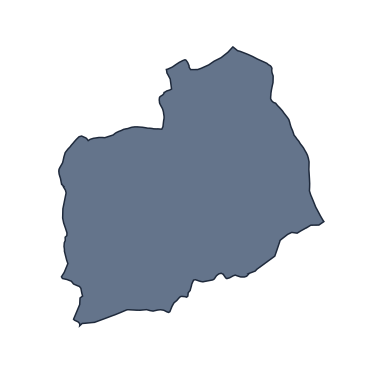 outline of Bengkulu Tengah, Bengkulu, Indonesia, rotated 99°
{"feature_id": "22746128B16836972822517", "entity_name": "Bengkulu Tengah", "entity_type": "district", "adm_level": 2, "iso_a3": "IDN", "parent_name": "Indonesia", "parent_adm1": "Bengkulu", "projection": "mercator", "projection_center": [102.45, -3.678], "detail": "fine", "context": "isolated", "style": "filled", "palette": "slate", "viewbox_px": 384, "rotation_deg": 99, "n_neighbors": 0, "source": "geoboundaries", "source_scale": "gbopen_adm2", "svg_char_len": 5283}
<svg xmlns="http://www.w3.org/2000/svg" viewBox="0 0 384 384"><g transform="rotate(99 192 192)"><path d="M341.7,282.0L339.0,279.9L338.6,278.0L336.6,270.3L336.0,267.9L330.4,257.9L326.4,250.9L325.5,249.2L322.6,244.4L318.5,237.8L318.2,236.2L317.4,228.4L316.9,224.8L315.3,218.5L315.4,217.6L315.5,216.4L315.7,215.0L315.7,211.8L314.0,207.6L313.2,204.7L313.2,201.4L313.8,199.5L314.3,198.1L314.6,196.2L313.6,195.1L313.1,195.0L309.9,194.3L309.8,194.2L309.6,194.2L309.2,194.1L308.9,194.1L308.7,194.0L308.4,194.0L308.3,193.9L308.2,193.9L307.9,193.8L307.7,193.7L307.4,193.6L307.1,193.5L306.9,193.5L306.8,193.4L306.7,193.4L306.4,193.3L306.3,193.2L306.2,193.2L305.9,193.1L305.7,193.0L305.5,192.9L305.4,192.9L305.2,192.8L304.9,192.7L304.5,192.6L304.4,192.5L304.2,192.3L304.0,192.2L303.8,192.0L303.6,191.9L303.1,191.4L302.7,191.1L302.4,190.8L302.2,190.6L301.5,190.0L301.1,189.8L300.7,189.5L300.3,189.3L300.1,189.2L299.9,189.1L299.7,188.9L299.4,188.7L299.2,188.6L298.7,188.3L298.6,188.2L297.9,187.8L297.7,187.6L297.5,187.3L297.2,187.0L296.9,186.6L296.8,186.4L296.7,185.6L296.7,185.4L296.6,184.7L296.6,184.3L296.6,183.9L296.6,183.7L296.5,183.2L296.5,182.9L296.5,182.5L296.5,182.3L296.6,182.0L296.6,181.9L296.6,181.2L296.7,180.8L296.1,180.4L295.6,179.9L295.3,179.8L294.7,179.9L293.4,179.9L292.2,180.0L291.5,179.6L290.6,179.1L289.7,178.5L289.5,178.4L289.4,178.4L288.9,178.4L284.7,177.9L282.8,177.8L282.2,177.6L280.6,177.2L280.3,177.1L280.0,177.0L279.2,176.8L279.0,176.7L278.8,176.7L278.6,176.2L278.3,175.5L278.1,175.0L278.5,172.5L278.6,172.1L278.8,171.0L278.9,169.7L279.0,169.5L279.0,169.2L279.0,168.1L279.0,167.3L279.0,167.1L278.8,166.7L275.6,157.8L275.5,157.7L275.4,157.5L275.2,157.4L275.1,157.2L274.8,156.8L274.5,156.5L274.4,156.4L274.2,156.3L274.0,156.2L273.3,155.9L272.8,155.6L272.2,155.4L271.2,154.9L270.8,154.7L270.4,154.3L269.7,153.7L269.1,153.1L268.6,152.6L268.4,152.1L268.2,151.5L267.9,151.0L267.7,150.4L268.0,149.5L268.4,148.3L268.4,148.2L268.7,148.0L268.9,147.9L269.0,147.7L269.9,146.9L270.3,146.5L270.4,146.4L270.8,146.0L271.6,145.3L271.7,144.9L272.1,144.0L272.0,143.8L271.8,143.5L271.1,141.9L271.0,141.7L270.7,141.2L268.4,138.3L267.3,136.3L267.7,134.4L268.3,130.7L267.7,126.9L266.7,124.9L263.4,122.7L263.4,122.8L260.2,117.2L258.0,115.7L242.4,100.2L236.9,99.2L226.9,97.5L226.1,97.5L224.6,96.2L218.9,90.9L216.3,87.2L216.2,81.7L213.5,78.6L209.4,73.4L209.5,73.3L206.2,69.5L204.8,61.5L200.6,57.1L199.0,58.6L195.3,61.6L191.3,64.6L187.5,67.5L183.6,69.8L179.5,72.3L176.3,74.3L172.5,76.2L168.8,76.6L165.2,77.1L160.4,78.1L155.0,79.3L151.5,80.1L148.2,80.5L143.9,81.1L140.4,82.4L137.7,83.7L135.5,85.2L133.3,87.0L131.0,88.8L129.3,90.5L127.4,92.6L125.1,94.5L123.4,96.5L121.6,98.2L119.9,100.1L117.9,101.1L116.2,102.0L115.6,102.3L114.4,103.1L112.8,104.1L111.5,104.8L109.5,105.7L109.4,105.8L107.9,106.4L106.1,107.3L105.3,107.7L103.5,109.4L99.7,113.5L97.8,115.3L95.3,118.3L93.3,121.0L91.2,123.3L90.8,125.5L89.5,127.5L87.7,128.9L85.6,129.2L83.8,129.3L82.1,129.5L78.5,129.5L74.0,129.3L71.4,129.1L68.1,129.5L64.7,130.0L62.7,131.1L61.2,131.8L59.2,132.3L57.3,132.4L56.1,133.2L55.1,134.3L54.3,136.4L53.2,138.2L52.4,141.0L51.7,143.6L50.5,148.0L48.7,153.3L47.3,158.5L46.3,163.0L45.5,166.8L45.3,169.1L43.6,172.0L42.3,174.3L42.8,174.7L48.4,178.4L54.8,184.3L59.4,190.7L63.8,195.3L68.4,202.3L70.2,205.6L71.1,211.1L71.3,212.6L69.3,214.3L67.7,214.7L64.7,216.6L62.7,218.6L62.5,219.6L63.3,221.1L64.0,222.2L64.7,223.1L65.8,224.7L67.7,226.8L68.8,228.0L71.6,230.9L72.5,232.2L73.2,233.3L74.5,235.3L75.0,236.5L76.3,236.0L78.5,235.3L78.9,234.9L83.8,231.2L93.5,228.3L94.8,230.0L96.1,232.7L97.6,234.4L98.1,235.2L99.0,235.1L100.3,235.8L101.2,236.6L101.9,237.5L102.6,238.2L103.2,238.7L103.9,238.9L104.6,238.9L105.3,238.8L106.1,238.8L107.2,238.5L107.7,238.3L108.4,238.2L109.5,237.8L110.2,237.3L110.8,236.9L111.7,236.2L112.4,235.7L113.1,235.1L113.8,234.6L114.5,234.1L115.3,233.7L117.5,232.7L119.0,232.3L120.8,231.7L121.3,231.5L121.9,231.4L122.9,231.2L124.3,231.1L124.9,231.1L125.2,231.2L128.0,231.1L132.0,230.9L134.7,231.7L134.9,234.5L135.0,235.6L135.3,237.2L135.6,239.8L135.5,241.3L135.6,243.6L135.9,245.7L135.8,248.0L135.8,250.9L136.0,253.3L136.1,254.6L136.2,255.9L136.6,258.6L137.4,261.4L138.0,262.8L138.3,263.3L139.4,265.4L139.9,267.0L140.4,268.2L140.8,269.3L142.4,271.6L143.5,273.6L145.2,276.1L146.2,277.2L147.0,277.9L148.0,278.8L149.0,280.7L150.5,283.7L152.0,286.6L152.2,289.3L152.7,292.4L153.7,295.5L154.4,297.8L155.9,300.8L157.2,302.3L157.5,302.6L155.5,304.6L155.0,306.0L154.0,309.8L155.1,312.2L158.2,314.5L160.7,316.1L162.1,316.9L165.1,318.8L165.9,319.1L166.5,319.5L168.9,321.2L172.9,323.4L175.2,323.7L177.4,324.0L181.1,324.2L183.4,324.4L188.4,326.3L190.4,326.9L192.3,326.8L194.9,326.1L197.1,325.1L199.0,324.1L200.9,323.4L204.8,322.0L204.7,321.7L205.1,321.5L206.5,319.7L206.6,320.1L206.8,320.0L210.0,317.3L212.6,316.2L228.7,316.9L237.9,315.7L242.7,313.9L247.6,311.3L251.9,309.1L254.7,308.8L256.5,310.2L259.7,309.6L262.1,310.2L265.8,309.9L267.7,309.3L268.3,309.1L270.6,308.7L274.6,307.0L279.0,305.1L282.1,303.4L291.3,305.6L296.2,307.7L297.7,306.4L298.0,301.8L299.0,297.2L301.4,294.6L302.5,290.4L302.9,288.4L304.5,286.7L308.9,285.1L311.9,283.8L314.2,286.0L320.7,285.3L331.8,288.0L336.2,289.1L337.0,288.0L337.6,285.9L338.1,284.2L339.5,282.4L341.1,282.0L341.7,282.0Z" fill="#64748b" stroke="#1e293b" stroke-width="1.5"/></g></svg>